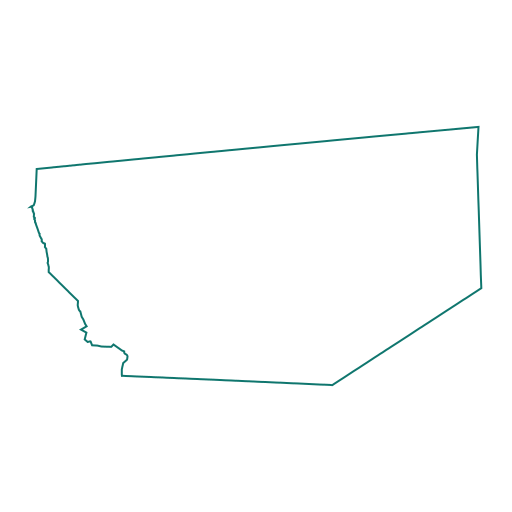 outline of Tecate, Baja California, Mexico
{"feature_id": "50627088B66512895446284", "entity_name": "Tecate", "entity_type": "district", "adm_level": 2, "iso_a3": "MEX", "parent_name": "Mexico", "parent_adm1": "Baja California", "projection": "mercator", "projection_center": [-116.302, 32.436], "detail": "fine", "context": "isolated", "style": "outline", "palette": "teal", "viewbox_px": 512, "rotation_deg": 0, "n_neighbors": 0, "source": "geoboundaries", "source_scale": "gbopen_adm2", "svg_char_len": 5542}
<svg xmlns="http://www.w3.org/2000/svg" viewBox="0 0 512 512"><path d="M122.0,375.9L122.9,375.8L125.8,376.0L128.7,376.1L131.6,376.2L135.1,376.4L140.4,376.6L145.6,376.8L148.0,376.9L151.0,377.0L153.9,377.2L156.9,377.3L157.5,377.3L158.1,377.3L159.9,377.4L162.9,377.5L166.0,377.7L168.2,377.8L171.1,377.9L174.1,378.0L177.0,378.2L179.9,378.3L182.8,378.4L185.8,378.5L191.3,378.8L194.2,378.9L197.2,379.0L200.7,379.2L203.6,379.3L208.3,379.5L213.7,379.7L217.8,379.9L221.9,380.1L225.5,380.3L228.4,380.4L231.4,380.5L234.9,380.7L238.4,380.8L241.9,381.0L246.0,381.2L249.6,381.3L250.7,381.4L253.7,381.5L257.2,381.7L261.3,381.9L265.5,382.0L269.0,382.2L273.0,382.4L277.1,382.6L281.1,382.7L284.9,382.9L288.6,383.1L292.7,383.3L296.7,383.4L300.8,383.6L304.8,383.8L308.8,384.0L312.9,384.2L316.9,384.4L321.0,384.6L325.0,384.7L329.6,384.9L331.9,385.1L332.4,385.1L333.5,384.3L336.9,382.1L339.8,380.2L342.8,378.3L345.7,376.4L348.1,374.8L351.0,372.9L353.4,371.3L356.4,369.4L358.8,367.9L361.2,366.3L364.1,364.4L366.6,362.8L369.0,361.2L371.9,359.3L374.3,357.7L378.2,355.2L380.1,353.9L382.6,352.4L386.4,349.8L388.4,348.6L390.8,347.0L394.7,344.5L398.6,342.0L404.9,337.9L408.3,335.7L412.1,333.2L416.0,330.6L419.8,328.1L421.8,326.9L424.2,325.3L428.1,322.8L431.9,320.3L435.8,317.8L439.6,315.3L442.2,313.6L444.8,311.9L447.4,310.2L449.9,308.6L452.5,306.9L455.0,305.3L457.9,303.4L460.3,301.8L463.2,299.9L465.7,298.4L468.6,296.5L471.0,294.9L473.9,293.0L476.4,291.4L478.8,289.8L481.3,288.2L481.3,287.6L480.8,274.9L480.5,264.4L480.2,255.2L479.6,237.2L479.0,218.6L478.8,212.6L478.8,212.2L478.3,198.5L477.9,185.6L477.5,173.3L477.3,168.2L476.9,154.6L477.3,147.5L477.7,140.5L478.5,126.9L477.4,127.0L418.6,132.4L418.0,132.5L417.4,132.5L416.8,132.6L414.5,132.8L413.9,132.9L413.4,132.9L412.8,133.0L408.7,133.3L406.9,133.5L406.3,133.6L405.1,133.7L391.8,134.9L373.1,136.6L363.9,137.5L333.9,140.3L329.9,140.7L325.9,141.1L299.3,143.6L285.2,144.9L272.5,146.1L260.4,147.3L245.3,148.7L237.2,149.5L234.0,149.8L230.9,150.1L230.5,150.1L230.3,150.1L221.6,151.0L217.1,151.4L214.3,151.7L210.6,152.0L194.8,153.5L187.3,154.3L176.2,155.3L173.9,155.6L159.9,156.9L156.1,157.3L143.3,158.5L138.5,159.0L134.0,159.4L121.1,160.7L116.7,161.1L112.8,161.5L109.0,161.8L95.4,163.2L90.7,163.6L90.2,163.6L88.9,163.8L88.4,163.8L87.1,163.9L86.1,164.0L82.4,164.4L81.0,164.6L79.8,164.7L79.2,164.7L78.5,164.8L77.8,164.9L77.2,164.9L75.8,165.1L75.5,165.1L75.2,165.2L74.8,165.2L74.3,165.3L74.0,165.3L73.7,165.3L73.3,165.3L72.5,165.4L71.8,165.5L71.2,165.6L70.3,165.7L69.5,165.7L68.8,165.8L68.0,165.9L67.0,166.0L66.2,166.1L65.2,166.2L63.3,166.3L62.7,166.4L61.4,166.5L59.7,166.7L58.8,166.8L57.3,166.9L57.0,167.0L56.7,167.0L56.4,167.0L56.2,167.0L55.6,167.1L54.9,167.2L54.2,167.2L53.3,167.3L53.0,167.3L52.7,167.4L52.0,167.5L40.8,168.6L36.7,169.0L36.1,182.7L35.5,196.0L35.4,197.4L35.0,201.4L34.9,201.7L34.4,203.4L34.0,204.5L33.8,205.1L33.6,205.3L33.4,205.5L31.5,206.3L31.2,206.4L30.7,206.8L31.3,206.7L31.4,206.8L31.5,207.0L31.8,207.3L32.0,207.4L32.0,207.5L32.1,207.8L32.3,208.1L32.3,208.4L32.3,208.7L32.6,209.1L32.7,209.5L32.8,209.7L32.8,210.1L32.7,210.4L32.7,210.7L33.0,211.0L32.9,211.3L33.3,211.7L33.3,212.0L33.3,212.3L33.6,212.6L33.8,213.1L33.9,213.4L33.9,213.6L34.0,213.8L33.9,213.9L34.0,214.1L34.0,214.5L33.9,214.9L33.9,215.4L33.9,215.8L33.8,216.5L33.8,216.8L34.0,217.1L34.2,217.3L34.3,217.4L34.7,217.6L34.8,217.8L34.9,218.0L34.8,218.5L34.4,218.8L34.2,218.9L34.2,219.0L34.3,219.2L34.4,219.4L34.6,219.6L34.7,219.8L34.9,220.1L35.0,220.4L35.0,220.6L35.1,221.0L35.1,221.3L35.0,221.5L35.0,221.8L35.1,222.1L35.1,222.4L35.2,222.6L35.3,222.8L35.7,223.1L35.8,223.2L35.8,223.4L35.8,223.6L35.8,223.8L35.9,224.2L36.0,224.5L37.6,228.9L38.9,232.8L39.1,233.1L39.2,233.3L39.3,233.5L39.6,233.7L39.6,233.9L39.5,234.3L39.6,235.3L39.7,235.7L39.9,236.1L40.1,236.4L40.4,237.0L40.8,237.7L40.9,237.9L41.0,238.2L41.1,238.3L41.2,238.5L41.4,238.6L41.7,239.5L41.8,239.8L41.7,240.3L41.8,240.5L41.7,241.1L41.7,241.4L42.0,241.6L42.3,242.0L42.5,242.3L42.7,242.6L42.9,242.7L43.1,242.8L43.3,243.1L43.6,243.3L43.8,243.3L44.0,243.3L44.4,243.3L44.6,243.4L44.9,243.6L45.0,243.8L45.0,244.0L45.0,245.0L45.0,246.1L44.9,247.0L45.4,247.7L45.9,248.3L46.2,248.7L46.2,248.8L46.3,248.9L46.4,250.1L46.6,251.9L47.1,254.4L47.2,255.1L47.3,255.5L47.3,256.0L47.5,256.9L47.6,257.2L47.7,257.5L47.9,258.1L47.9,258.4L48.0,259.8L48.0,260.2L48.0,260.8L48.0,261.6L47.9,262.2L47.6,262.8L47.6,263.0L48.0,264.0L48.3,264.9L48.4,265.6L48.8,266.9L48.8,267.4L48.8,267.6L48.8,269.0L48.7,269.5L48.7,272.1L49.0,272.4L50.0,273.3L52.7,276.0L54.7,277.9L55.2,278.5L55.7,278.9L57.5,280.7L59.3,282.6L61.7,284.9L65.0,288.2L68.0,291.1L68.3,291.4L68.9,292.1L72.5,295.6L73.9,297.0L76.0,299.0L76.9,299.9L78.0,301.0L77.9,302.8L77.7,305.1L78.0,306.8L78.7,309.2L78.9,309.8L79.2,310.3L79.4,310.6L79.8,311.1L80.3,311.4L81.7,316.8L83.3,319.4L85.1,323.9L86.6,326.3L84.1,327.8L81.0,329.6L83.7,331.1L86.4,332.6L84.7,339.4L87.7,342.0L89.8,341.4L90.3,341.4L90.5,341.4L90.7,341.7L90.9,342.3L92.1,345.3L97.5,345.6L101.3,346.5L103.2,346.6L106.1,346.7L111.3,346.8L113.5,344.5L117.4,347.3L119.4,348.7L121.9,350.5L124.2,351.4L124.2,352.0L124.2,352.4L124.3,352.9L124.6,353.3L124.9,353.7L125.2,353.9L126.3,354.5L126.7,354.8L127.0,355.2L127.1,355.3L127.3,355.7L127.4,356.0L127.5,356.4L127.5,356.9L127.4,357.3L127.3,358.0L127.3,358.3L127.1,359.3L127.0,359.6L126.9,359.7L126.7,360.0L124.4,362.0L123.6,362.7L123.3,362.9L123.2,363.2L123.1,363.5L122.7,365.4L122.5,366.2L122.3,367.0L122.0,368.6L121.9,368.9L121.8,369.4L121.8,370.9L121.8,372.4L121.8,374.7L121.9,375.4L122.0,375.9Z" fill="none" stroke="#0f766e" stroke-width="2"/></svg>